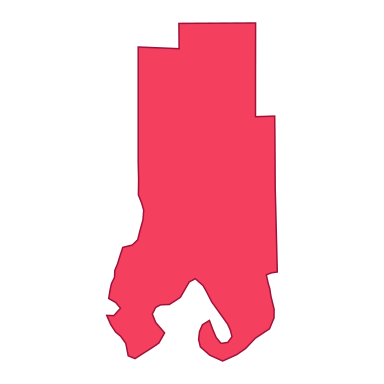 São Pedro do Butiá, Rio Grande do Sul, Brazil (Albers equal-area conic projection)
{"feature_id": "56859067B11574675673068", "entity_name": "São Pedro do Butiá", "entity_type": "district", "adm_level": 2, "iso_a3": "BRA", "parent_name": "Brazil", "parent_adm1": "Rio Grande do Sul", "projection": "albers", "projection_center": [-54.902, -28.124], "detail": "fine", "context": "isolated", "style": "filled", "palette": "rose", "viewbox_px": 384, "rotation_deg": 0, "n_neighbors": 0, "source": "geoboundaries", "source_scale": "gbopen_adm2", "svg_char_len": 1087}
<svg xmlns="http://www.w3.org/2000/svg" viewBox="0 0 384 384"><path d="M277.3,272.0L275.2,187.5L274.9,135.1L274.7,116.1L255.5,116.7L255.5,80.9L255.6,23.0L178.9,23.4L179.1,48.7L138.2,47.0L138.2,162.1L138.6,179.6L138.4,194.9L141.6,202.9L143.7,210.1L143.0,219.7L139.9,231.0L137.7,239.8L132.3,245.0L122.8,247.4L119.8,256.5L117.5,264.0L114.8,270.4L114.5,277.4L111.5,283.6L110.0,290.3L108.7,298.5L115.7,302.5L120.5,308.2L113.9,315.6L106.7,315.4L110.8,324.7L115.6,332.0L120.7,336.3L125.8,343.4L128.2,355.8L135.0,358.6L153.3,346.9L158.9,343.0L164.6,332.9L155.7,322.5L152.3,314.0L155.7,307.4L160.7,304.8L169.3,304.5L175.0,300.9L180.4,297.3L186.0,287.5L189.3,281.9L195.3,278.7L203.1,285.6L206.3,291.2L211.7,301.8L227.7,324.2L230.4,330.3L232.0,336.7L227.8,342.4L221.0,343.4L216.1,337.4L212.8,329.6L209.4,320.4L202.4,324.8L199.5,331.6L198.6,339.6L200.4,346.9L209.8,355.2L222.7,361.0L236.8,354.6L245.7,348.4L255.2,338.3L261.2,334.3L269.5,328.8L274.0,318.0L274.1,309.2L270.9,296.1L269.8,288.9L268.0,282.6L266.3,274.8L271.6,272.8L277.3,272.0Z" fill="#f43f5e" stroke="#9f1239" stroke-width="1.5"/></svg>